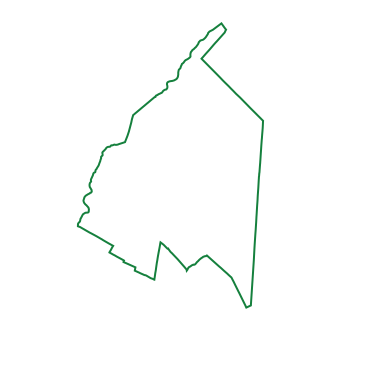 Aricestii Rahtivani, Prahova, Romania (Natural Earth projection), rotated 58°
{"feature_id": "2599482B50315286970944", "entity_name": "Aricestii Rahtivani", "entity_type": "district", "adm_level": 2, "iso_a3": "ROU", "parent_name": "Romania", "parent_adm1": "Prahova", "projection": "natural_earth1", "projection_center": [25.877, 44.949], "detail": "fine", "context": "isolated", "style": "outline", "palette": "green", "viewbox_px": 384, "rotation_deg": 58, "n_neighbors": 0, "source": "geoboundaries", "source_scale": "gbopen_adm2", "svg_char_len": 5878}
<svg xmlns="http://www.w3.org/2000/svg" viewBox="0 0 384 384"><g transform="rotate(58 192 192)"><path d="M160.6,306.9L162.4,305.5L172.2,300.3L173.5,299.5L177.9,297.0L179.7,296.0L180.0,295.9L180.8,295.4L182.4,294.6L184.4,293.5L185.3,293.1L188.0,291.7L191.4,289.9L195.9,287.4L196.1,287.8L196.7,289.1L196.9,289.4L197.3,290.1L198.1,291.4L198.8,292.8L199.3,293.8L199.4,294.0L199.5,294.1L201.8,292.8L202.6,292.4L203.7,291.8L205.0,291.0L206.8,290.1L210.1,288.2L212.4,286.9L213.3,286.4L214.1,286.0L214.6,286.7L215.1,287.2L219.2,284.4L223.1,281.8L225.9,279.9L227.1,281.0L227.6,281.5L228.4,282.2L232.6,279.4L233.3,279.0L236.7,276.7L237.2,276.4L237.7,275.8L237.9,275.6L238.4,275.2L238.7,275.0L238.9,274.9L239.5,274.6L241.2,273.7L242.4,273.1L243.3,272.6L244.3,271.8L244.6,271.5L246.3,270.5L246.4,270.4L245.2,269.4L243.6,268.0L241.3,266.1L240.0,264.9L239.1,264.1L237.4,262.7L233.6,259.5L231.4,257.5L230.1,256.4L228.4,254.9L225.0,251.8L222.1,249.1L220.0,247.2L218.6,246.0L218.0,245.4L221.5,244.1L222.7,243.8L223.7,243.6L225.9,243.1L226.8,242.9L227.1,242.8L227.3,242.7L227.4,242.4L227.4,242.2L227.5,242.2L228.0,242.2L230.9,242.0L231.6,241.9L232.1,241.8L232.4,241.7L232.7,241.6L233.0,241.5L236.0,240.9L241.3,239.8L248.2,238.7L251.3,238.2L254.2,237.8L254.7,237.7L254.9,237.7L255.2,237.8L255.9,238.1L255.8,237.8L255.6,237.3L255.0,236.4L254.6,235.7L254.4,235.3L254.4,235.1L254.2,234.6L254.1,234.3L254.1,234.1L254.2,233.3L254.3,233.0L254.1,231.3L254.1,231.0L254.2,230.4L254.3,229.6L254.3,229.4L254.5,229.3L254.6,229.2L254.8,228.8L254.9,228.4L254.9,228.1L255.0,227.8L254.9,227.4L254.9,227.2L254.6,226.4L254.5,226.2L254.4,225.7L254.2,225.3L254.1,225.0L254.1,224.9L253.9,224.0L253.9,223.7L253.5,222.3L253.2,221.0L253.2,220.7L253.2,220.3L253.1,219.9L253.0,219.2L253.0,218.9L253.0,218.2L253.1,217.8L253.0,217.6L252.9,217.1L252.9,216.7L253.0,216.3L253.1,215.9L253.2,215.7L253.3,215.0L253.3,214.9L253.8,214.2L253.8,213.6L253.9,213.3L253.8,213.0L269.3,208.5L271.8,207.7L275.8,206.6L280.1,205.3L281.4,205.0L284.3,204.2L285.2,203.9L285.5,203.9L286.2,203.9L286.9,204.0L289.7,204.2L290.8,204.3L293.5,204.6L300.7,205.3L303.0,205.5L307.8,206.0L317.7,207.0L317.8,207.1L318.8,207.2L319.4,202.2L282.3,175.5L272.3,168.5L268.1,165.5L260.9,160.3L257.5,157.8L253.3,154.8L252.2,154.0L249.5,152.1L247.5,150.7L244.3,148.4L238.1,144.0L235.1,141.8L233.3,140.5L231.4,139.2L229.7,138.0L223.8,133.7L217.0,128.9L216.2,128.3L214.9,127.4L214.7,127.3L214.5,127.1L214.2,126.8L213.4,126.2L212.9,125.9L212.5,125.5L212.3,125.4L211.7,125.0L211.6,124.8L211.4,124.7L210.9,124.2L210.7,124.1L209.9,123.5L209.6,123.3L209.2,123.0L208.5,122.5L204.7,119.7L204.4,119.5L203.8,119.0L203.5,118.8L200.6,116.7L196.0,113.4L192.7,111.0L189.2,108.5L184.7,105.2L184.3,104.9L183.3,104.1L182.3,103.4L177.6,99.9L175.3,98.2L173.6,97.0L170.1,94.6L169.3,94.0L151.5,98.1L137.3,101.2L132.1,102.6L128.2,103.4L125.2,104.1L121.8,104.8L116.9,106.0L113.4,106.8L109.9,107.5L104.5,108.7L84.0,113.3L83.7,112.4L83.5,111.6L82.2,107.4L80.6,101.8L79.5,98.3L78.6,95.5L77.6,92.1L77.6,91.9L76.5,88.1L74.6,81.6L74.2,80.2L74.1,79.8L72.8,77.9L72.4,77.1L71.6,77.2L71.0,77.2L70.7,77.3L64.6,77.7L65.1,83.7L65.5,88.3L65.2,91.9L65.2,92.1L65.2,92.3L65.5,93.2L65.6,93.8L65.9,94.3L66.5,94.9L67.1,96.3L67.9,98.0L68.3,99.2L68.5,100.2L68.7,101.3L68.7,102.0L68.4,103.1L68.0,104.6L68.4,106.2L68.6,106.9L69.1,107.5L69.6,108.1L70.2,109.4L71.1,111.7L71.2,112.1L71.3,112.9L71.6,114.1L71.8,115.0L71.8,116.3L72.3,117.4L72.8,118.8L73.5,119.6L74.4,120.4L76.4,121.6L76.7,122.3L76.9,123.6L77.0,125.2L76.8,127.4L76.9,128.3L77.3,129.4L77.7,130.2L78.0,131.4L78.1,132.7L79.0,133.8L79.4,134.6L80.8,136.2L81.0,136.8L81.3,138.3L81.7,138.8L83.2,140.2L84.1,140.8L85.1,141.4L86.8,142.9L87.3,143.7L87.6,144.2L87.8,144.7L88.0,145.5L87.9,147.6L87.9,147.9L87.8,148.3L87.5,149.4L87.3,150.0L86.7,151.3L86.3,152.3L86.2,152.7L86.1,153.5L86.0,154.1L86.1,154.7L86.2,155.0L86.5,155.4L86.8,155.7L87.3,156.1L88.0,156.4L88.5,156.5L89.4,156.9L90.3,157.5L90.8,158.0L91.0,158.4L91.4,159.4L91.3,159.8L91.0,160.5L90.9,161.1L90.9,161.8L90.9,162.3L91.1,163.2L91.7,164.5L91.8,164.9L91.8,165.5L91.6,166.3L91.6,167.1L91.3,168.8L91.5,169.9L91.4,170.3L91.2,170.8L91.2,171.2L91.3,171.8L91.5,172.1L91.8,172.3L92.0,172.6L91.8,173.0L91.7,173.3L92.2,176.9L94.2,191.1L95.6,201.1L98.4,204.3L100.9,206.7L107.3,213.5L110.2,217.0L114.2,222.4L113.4,225.7L112.7,228.4L112.6,229.0L112.5,229.6L112.2,230.5L111.8,231.4L111.5,231.8L111.1,232.3L110.6,232.8L110.5,233.4L110.4,234.1L110.3,234.7L109.7,235.7L109.7,236.1L109.9,236.7L110.1,237.1L110.1,237.6L109.3,239.2L109.1,239.9L109.1,240.6L109.2,241.3L109.4,241.7L109.7,242.3L110.1,243.7L110.4,245.0L110.7,246.4L110.9,246.9L111.3,247.3L112.3,247.7L113.3,248.2L113.6,248.6L113.8,249.8L114.0,250.4L114.3,250.7L115.0,251.0L115.4,251.4L116.3,252.6L116.9,253.2L117.4,253.7L117.8,254.3L118.3,255.0L120.0,257.1L121.4,260.0L121.9,260.7L122.1,261.7L122.4,262.2L122.8,262.6L123.7,263.3L123.9,263.6L123.8,264.4L123.7,264.9L124.0,265.8L124.4,266.2L125.3,267.2L126.3,268.7L127.6,270.7L128.0,271.2L128.4,271.5L128.9,271.7L129.5,271.9L129.7,272.1L130.1,273.4L130.4,273.9L131.1,274.7L132.3,275.5L133.5,276.0L137.0,276.1L138.2,276.6L138.6,276.9L138.8,277.3L139.0,277.8L138.9,278.0L138.9,278.3L138.8,278.6L138.8,278.9L138.9,279.1L139.0,279.5L138.9,280.3L138.8,281.3L138.8,281.7L138.8,282.3L138.8,283.3L138.8,283.7L138.9,284.5L139.2,285.2L139.4,285.9L139.7,286.3L140.2,286.8L141.1,287.9L141.8,288.6L142.3,288.8L142.9,289.0L144.1,289.2L145.2,289.1L145.9,289.0L147.6,288.5L148.4,288.4L149.6,288.2L149.9,288.1L150.3,288.1L150.5,288.2L150.9,288.2L151.5,288.4L152.2,288.7L152.6,289.0L153.1,289.4L153.6,289.7L154.1,290.2L154.2,290.5L154.3,290.9L154.1,291.5L153.9,291.9L153.6,292.4L153.2,293.2L153.1,293.7L153.1,294.1L153.1,295.3L153.1,295.7L153.2,296.4L153.8,297.5L155.2,299.8L155.6,300.7L157.4,302.4L157.9,303.4L157.9,304.0L158.2,304.8L158.5,305.4L159.2,306.0L160.6,306.9Z" fill="none" stroke="#15803d" stroke-width="2"/></g></svg>